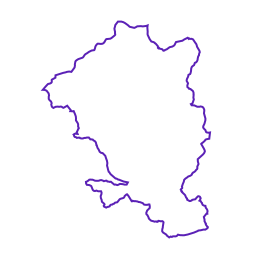 Mosna, Sibiu, Romania, rotated 185°
{"feature_id": "2599482B88380458421625", "entity_name": "Mosna", "entity_type": "district", "adm_level": 2, "iso_a3": "ROU", "parent_name": "Romania", "parent_adm1": "Sibiu", "projection": "orthographic", "projection_center": [24.412, 46.08], "detail": "fine", "context": "isolated", "style": "outline", "palette": "violet", "viewbox_px": 256, "rotation_deg": 185, "n_neighbors": 0, "source": "geoboundaries", "source_scale": "gbopen_adm2", "svg_char_len": 5707}
<svg xmlns="http://www.w3.org/2000/svg" viewBox="0 0 256 256"><g transform="rotate(185 128 128)"><path d="M147.3,233.1L149.6,229.5L149.8,227.8L150.2,226.0L149.8,224.2L149.3,222.8L149.2,221.1L148.9,220.3L148.9,219.7L149.5,218.9L152.4,216.1L153.5,215.4L157.2,214.7L157.6,214.4L158.2,213.3L158.9,211.6L159.1,211.5L159.5,210.7L160.6,209.8L162.2,209.4L165.4,209.4L166.1,208.9L167.2,207.3L167.7,205.8L167.7,205.2L168.2,203.0L168.5,202.6L171.0,202.0L173.6,200.4L175.2,199.0L176.9,197.8L177.6,196.9L178.8,194.7L179.4,194.1L183.5,192.3L185.2,191.0L186.0,190.1L186.2,189.6L186.5,186.7L186.3,185.8L186.5,183.6L189.3,179.0L191.6,179.1L193.7,178.6L195.0,178.0L197.3,177.3L204.8,174.2L204.7,171.8L208.1,169.5L208.2,169.1L208.0,167.8L208.0,167.0L208.4,166.3L209.8,165.4L211.2,165.0L211.7,164.7L213.7,162.1L216.2,158.6L214.6,158.7L213.2,158.4L212.2,157.9L210.1,155.6L209.5,153.6L209.7,152.4L209.5,150.1L208.5,148.8L207.0,147.7L206.2,146.1L206.5,144.8L205.8,142.8L205.6,142.5L204.1,141.5L202.0,142.8L199.8,143.2L198.5,143.1L196.8,143.5L196.0,143.4L194.8,142.7L194.0,142.5L190.5,144.9L186.9,141.1L186.6,140.8L186.7,140.4L186.9,139.8L185.9,139.9L185.2,139.7L183.6,140.1L182.0,137.2L181.0,135.0L180.6,132.8L180.6,131.8L180.5,131.0L178.6,128.6L178.0,127.4L177.8,124.9L177.3,124.3L177.0,123.4L177.1,123.1L177.7,122.4L177.8,121.6L178.8,119.0L178.0,118.3L177.7,117.7L178.7,117.7L179.7,117.8L180.7,117.5L181.6,116.7L181.2,116.3L181.0,115.4L180.5,114.7L180.3,114.5L179.0,114.3L178.2,113.7L175.8,114.2L175.2,114.1L174.9,113.7L173.4,113.5L172.1,113.6L170.7,114.3L169.6,114.4L168.1,114.9L166.2,115.1L164.5,113.4L163.6,113.5L162.1,113.4L161.3,112.6L160.0,112.1L158.8,110.9L158.1,108.8L157.9,108.5L157.9,108.0L157.5,107.8L157.0,106.4L156.4,105.2L155.5,104.2L154.1,101.8L152.6,100.9L151.1,100.8L148.2,98.3L147.3,96.1L146.1,93.5L145.7,92.0L145.5,91.3L145.6,88.7L144.7,86.3L144.4,85.2L143.4,82.7L142.7,82.3L141.8,81.0L141.1,80.3L136.0,76.6L135.0,76.6L133.2,75.7L132.7,75.8L127.7,74.3L123.4,73.8L124.4,71.5L126.2,71.3L128.5,71.6L131.2,71.6L132.7,70.6L133.7,70.2L135.5,70.6L136.7,70.4L140.4,73.0L141.6,72.7L142.4,72.9L143.9,72.9L144.6,73.6L145.1,73.7L147.4,72.9L148.4,73.4L150.2,73.8L151.6,73.4L152.5,72.9L154.3,72.7L156.2,72.6L158.7,73.4L161.3,73.3L162.1,73.1L162.9,72.2L164.3,71.1L165.2,70.7L164.9,69.0L164.0,67.8L161.7,67.8L160.2,67.3L159.5,66.9L157.7,63.3L156.7,62.5L155.4,62.3L154.0,62.9L152.3,62.4L149.3,62.6L148.7,61.3L148.7,59.9L149.3,57.8L148.9,55.8L148.0,54.1L147.7,52.7L147.5,52.2L145.0,50.4L144.7,49.6L145.4,48.6L145.4,48.4L145.3,48.0L145.0,47.6L142.8,46.8L141.6,47.6L140.6,47.8L139.4,48.4L139.3,49.1L138.9,49.6L138.3,50.1L136.9,50.4L136.2,51.1L135.4,51.3L134.4,52.5L132.2,53.1L130.1,56.3L129.1,56.9L126.7,57.8L126.0,58.3L125.6,59.1L125.4,59.9L123.9,61.5L123.2,61.9L122.9,61.7L121.5,60.2L117.9,55.3L117.6,55.3L117.2,55.9L115.4,55.6L114.7,55.8L112.0,55.6L111.0,55.2L109.6,55.2L106.7,54.4L105.5,53.2L104.6,53.0L102.3,53.1L100.6,53.7L100.0,53.7L99.5,52.1L99.4,50.2L101.7,47.5L102.4,45.0L102.1,43.7L101.0,42.8L99.6,40.5L99.4,39.7L98.9,39.2L97.1,37.8L96.0,37.5L94.3,37.3L93.6,37.0L91.8,37.4L90.9,37.0L90.5,37.1L90.0,37.4L89.8,38.1L89.4,38.2L87.1,37.9L85.8,38.2L84.9,37.8L84.4,37.2L84.7,32.9L84.7,31.6L85.0,30.4L85.0,28.5L84.9,28.0L83.9,26.9L81.0,25.4L80.4,25.0L80.0,24.3L77.4,22.6L76.0,23.6L74.8,23.3L73.8,24.0L71.0,24.2L70.0,24.7L68.9,26.1L67.9,25.9L66.4,25.8L62.9,26.0L59.2,27.1L53.1,29.6L49.3,31.6L49.0,32.0L46.5,32.5L43.9,33.4L42.1,33.5L40.1,35.1L39.8,36.2L40.3,36.5L41.9,38.4L42.2,39.1L42.3,39.3L42.1,39.5L43.6,41.7L43.8,43.5L44.7,46.0L42.4,49.4L41.5,49.5L41.7,50.9L41.5,51.9L41.7,52.8L42.2,53.8L43.6,55.4L44.1,57.2L45.2,57.2L46.9,57.9L47.6,59.1L47.7,59.7L48.3,60.1L49.2,61.4L50.4,61.8L49.8,62.6L49.9,63.4L49.5,64.4L50.4,65.8L51.6,66.2L52.4,66.0L53.7,64.4L54.7,62.9L56.9,62.3L57.8,62.0L58.2,61.4L59.5,60.7L60.3,60.6L62.8,61.7L63.0,62.9L64.0,63.7L65.2,66.0L65.8,66.6L68.7,68.9L69.1,69.4L68.8,69.6L70.1,71.2L70.0,71.5L68.8,72.8L68.8,73.4L69.2,74.6L68.9,75.2L68.7,76.4L67.7,79.5L67.6,80.7L67.5,81.3L66.3,82.7L65.0,83.7L63.7,85.0L62.2,85.6L60.8,86.6L60.4,87.1L60.1,88.3L59.7,88.6L59.4,89.2L58.0,90.1L57.0,91.2L56.7,91.9L55.6,93.1L55.4,93.6L55.6,95.7L54.6,98.3L55.5,100.8L55.8,103.0L50.9,108.3L49.9,109.8L49.4,111.4L49.7,112.5L50.7,114.2L53.7,118.5L53.2,119.2L52.5,119.7L50.6,121.7L49.7,123.2L48.3,123.8L46.1,124.4L46.1,125.0L45.9,130.7L47.3,130.3L49.4,130.5L49.9,130.9L50.8,132.8L51.9,133.6L53.1,134.9L53.2,136.3L52.2,139.0L51.6,142.4L51.7,144.2L53.6,149.3L53.5,151.8L53.7,153.1L54.6,154.6L55.6,155.5L57.6,155.8L58.6,155.4L60.8,155.2L63.9,156.3L66.6,156.2L67.4,157.3L66.1,158.0L65.8,158.5L64.9,162.3L65.5,163.8L65.5,167.0L65.7,167.3L65.7,168.4L65.9,169.2L66.5,170.4L67.5,171.2L67.9,171.3L69.1,172.3L70.6,172.4L71.0,173.1L72.1,173.7L72.4,174.0L72.6,175.6L72.1,177.8L73.6,179.9L73.7,180.3L73.7,180.9L73.5,182.1L72.6,184.4L72.4,186.2L70.8,187.2L70.5,188.0L70.2,190.1L70.2,192.8L69.8,194.3L69.2,195.1L67.7,196.4L67.5,196.9L67.2,198.5L67.0,198.8L65.8,199.4L65.1,200.5L64.8,201.3L64.6,202.3L64.6,203.4L64.3,205.4L63.6,206.8L63.7,207.4L63.5,208.7L63.1,209.8L63.6,211.2L66.3,215.0L66.8,216.5L67.4,217.7L68.5,218.9L70.9,221.9L72.4,222.4L73.6,222.2L74.7,222.2L75.0,222.5L75.3,222.1L76.4,223.1L79.7,221.1L81.4,219.7L87.7,217.8L88.8,214.9L89.5,214.0L90.9,213.0L93.6,212.1L96.2,209.8L98.0,208.9L98.4,208.4L99.5,208.1L100.7,209.4L103.5,209.9L104.1,209.8L104.7,210.0L105.0,210.3L104.6,210.9L105.3,211.3L105.4,212.1L107.6,214.3L108.7,214.9L108.9,215.3L110.1,215.8L112.3,216.2L114.2,218.5L116.4,222.3L116.7,223.2L116.8,225.7L117.5,229.9L117.4,231.9L118.6,231.3L122.1,230.5L124.0,230.6L127.6,230.1L129.3,228.9L130.5,228.3L135.2,229.0L137.0,230.4L140.0,232.2L141.8,233.0L143.8,233.4L147.3,233.1Z" fill="none" stroke="#5b21b6" stroke-width="2"/></g></svg>